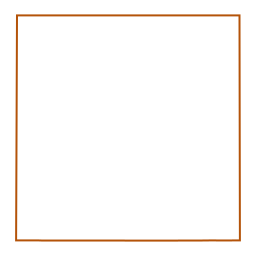 Thayer, Nebraska, United States of America (orthographic projection)
{"feature_id": "52423323B135061337198", "entity_name": "Thayer", "entity_type": "district", "adm_level": 2, "iso_a3": "USA", "parent_name": "United States of America", "parent_adm1": "Nebraska", "projection": "orthographic", "projection_center": [-97.601, 40.176], "detail": "fine", "context": "isolated", "style": "outline", "palette": "amber", "viewbox_px": 256, "rotation_deg": 0, "n_neighbors": 0, "source": "geoboundaries", "source_scale": "gbopen_adm2", "svg_char_len": 332}
<svg xmlns="http://www.w3.org/2000/svg" viewBox="0 0 256 256"><path d="M17.0,15.4L16.1,240.4L17.2,240.4L38.1,240.4L41.2,240.5L42.0,240.5L42.7,240.5L167.6,240.6L169.5,240.6L170.1,240.6L193.3,240.5L202.5,240.5L212.0,240.4L215.8,240.4L216.8,240.5L239.9,240.4L239.5,15.4L17.0,15.4Z" fill="none" stroke="#b45309" stroke-width="2"/></svg>